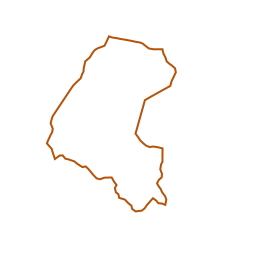 outline of Abadia de Goiás, Goiás, Brazil, rotated 231°
{"feature_id": "56859067B10262274710993", "entity_name": "Abadia de Goiás", "entity_type": "district", "adm_level": 2, "iso_a3": "BRA", "parent_name": "Brazil", "parent_adm1": "Goiás", "projection": "mercator", "projection_center": [-49.464, -16.79], "detail": "fine", "context": "isolated", "style": "outline", "palette": "amber", "viewbox_px": 256, "rotation_deg": 231, "n_neighbors": 0, "source": "geoboundaries", "source_scale": "gbopen_adm2", "svg_char_len": 1407}
<svg xmlns="http://www.w3.org/2000/svg" viewBox="0 0 256 256"><g transform="rotate(231 128 128)"><path d="M211.2,170.9L209.1,166.7L206.7,161.5L207.9,157.9L209.0,154.7L209.5,151.1L208.6,147.4L206.9,142.8L206.7,136.7L202.2,131.1L200.0,129.1L198.8,126.4L196.4,122.5L196.0,116.8L195.5,112.2L193.6,105.8L184.5,76.7L182.7,74.0L180.3,70.8L174.8,69.1L172.5,66.5L171.1,63.1L168.9,58.6L167.1,55.3L159.9,55.6L156.3,54.1L152.6,52.7L149.9,51.7L149.6,57.6L147.8,60.0L143.6,60.0L140.9,62.1L135.6,65.4L132.2,66.0L126.2,68.0L124.8,70.9L121.5,71.4L114.0,71.5L108.6,71.9L105.8,74.0L104.2,78.5L99.8,84.2L95.2,83.4L90.9,83.2L89.6,80.0L85.5,78.1L82.7,78.9L79.2,77.2L74.4,80.5L68.8,81.0L65.5,81.8L62.6,80.3L58.4,81.4L55.1,86.7L55.1,90.5L56.2,94.1L57.1,99.3L57.7,103.2L54.1,104.2L50.4,104.3L48.0,106.8L44.8,108.6L48.1,112.6L51.5,113.9L56.8,114.1L60.1,115.0L63.7,115.2L66.7,115.7L68.3,119.3L68.4,123.0L70.9,125.5L75.6,127.1L78.9,130.8L80.1,133.6L82.9,135.8L90.4,142.0L94.9,138.6L97.9,135.7L99.5,132.9L102.6,131.1L106.1,130.3L110.3,129.7L114.7,130.1L118.9,130.3L139.0,158.7L137.9,165.8L134.1,187.4L137.0,191.4L139.0,195.8L141.2,200.2L144.7,202.1L148.7,201.5L152.2,200.5L155.5,200.0L159.6,201.6L163.4,202.3L167.5,204.3L171.1,199.9L173.4,197.1L176.7,194.3L180.3,193.4L184.5,192.5L187.3,190.8L189.7,188.6L193.3,185.7L197.9,181.8L202.3,177.9L205.1,175.6L208.5,172.5L211.2,170.9Z" fill="none" stroke="#b45309" stroke-width="2"/></g></svg>